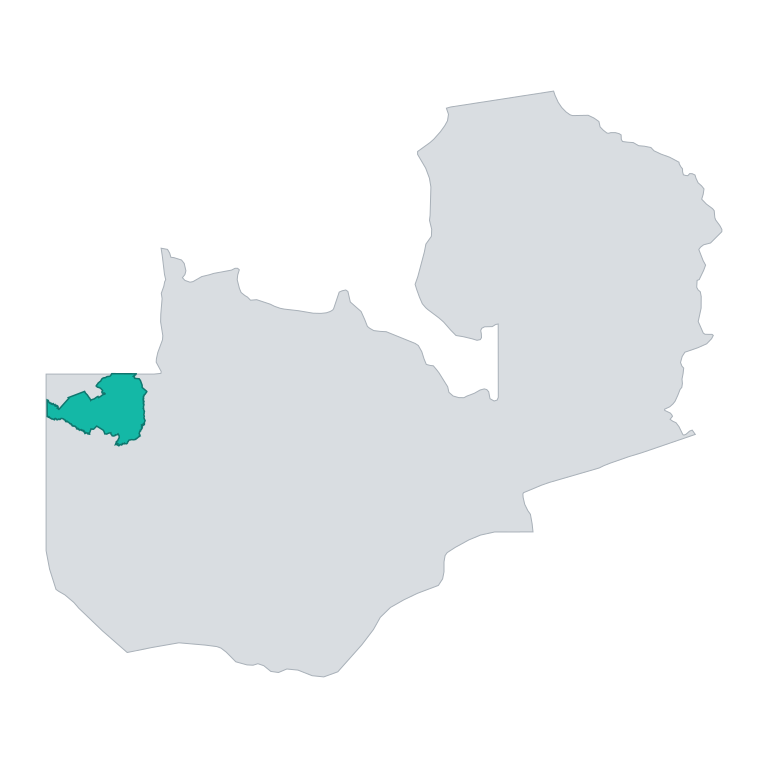 Zambezi, North-Western, Zambia (highlighted)
{"feature_id": "96606910B76619304368438", "entity_name": "Zambezi", "entity_type": "district", "adm_level": 2, "iso_a3": "ZMB", "parent_name": "Zambia", "parent_adm1": "North-Western", "projection": "mercator", "projection_center": [22.726, -13.599], "detail": "fine", "context": "in_parent", "style": "filled", "palette": "teal", "viewbox_px": 768, "rotation_deg": 0, "n_neighbors": 0, "source": "geoboundaries", "source_scale": "gbopen_adm2", "svg_char_len": 9289}
<svg xmlns="http://www.w3.org/2000/svg" viewBox="0 0 768 768"><path d="M533.0,531.9L494.5,532.0L480.4,535.1L468.9,539.9L455.2,547.4L447.2,552.6L445.1,555.5L444.0,561.9L444.0,571.8L442.6,578.9L438.4,585.4L417.5,593.3L403.9,599.8L390.5,607.4L380.3,617.3L373.4,629.6L361.9,644.7L337.8,671.8L323.8,676.9L312.1,675.7L298.0,670.1L286.8,669.0L278.5,672.5L270.8,671.4L263.8,665.7L257.9,663.7L253.1,665.2L247.0,664.9L235.8,661.8L226.2,652.1L221.0,648.1L216.9,646.6L205.4,645.1L178.9,642.8L151.4,647.6L127.2,652.5L102.6,631.0L78.9,608.3L73.9,602.5L64.9,594.9L58.5,591.2L56.0,589.4L49.6,569.2L46.1,550.7L46.1,374.1L153.9,374.1L160.9,373.4L161.2,371.5L156.2,362.2L156.4,358.8L157.8,352.5L162.5,339.8L162.8,335.6L160.6,321.8L160.8,314.1L162.1,298.6L161.3,293.3L163.8,286.3L164.7,281.7L165.7,279.7L164.5,274.4L162.3,256.0L161.1,248.2L167.5,249.4L169.7,253.2L170.9,257.3L173.8,257.6L181.5,260.0L184.2,263.4L185.9,270.8L184.9,274.6L182.4,277.7L184.9,280.4L190.0,282.2L193.0,281.6L201.7,276.6L209.6,274.7L213.7,273.4L231.5,270.1L235.1,268.3L237.6,268.3L239.3,269.8L237.7,275.0L237.2,279.7L239.4,288.4L241.1,292.5L244.8,295.5L247.5,297.1L250.5,300.2L256.7,299.7L270.3,304.2L274.5,306.3L280.2,308.3L284.3,309.1L298.3,310.7L313.2,313.2L320.9,313.4L326.4,312.8L330.2,311.5L332.6,310.1L333.6,308.8L339.2,292.1L342.1,290.8L345.8,290.0L347.9,291.5L350.3,302.0L361.1,311.5L364.7,319.5L367.4,326.4L369.7,328.3L373.8,330.6L380.3,331.4L386.2,331.7L415.1,343.4L418.3,345.5L421.8,351.7L424.0,358.8L426.3,364.4L430.0,365.4L433.3,365.8L436.6,369.7L439.1,373.0L447.7,386.8L448.9,392.3L453.1,396.0L458.7,397.6L463.9,397.7L466.9,396.1L474.3,393.3L480.1,390.0L484.3,388.9L486.8,389.6L488.7,391.8L490.0,398.7L494.1,401.0L497.1,400.1L498.3,397.4L498.3,396.0L498.2,324.0L495.6,324.5L492.3,326.6L484.6,326.8L481.7,328.3L480.7,330.6L481.3,333.6L481.5,337.7L480.3,339.6L477.0,340.3L472.1,338.8L463.3,336.7L456.0,335.5L450.7,330.1L443.6,322.0L438.9,317.9L427.6,309.4L425.7,307.7L422.3,303.7L419.4,297.0L416.6,289.2L415.1,284.3L417.8,276.7L424.4,251.9L425.9,244.1L431.4,236.3L431.7,229.3L429.5,220.3L430.1,215.3L430.9,187.0L429.4,178.1L425.7,168.2L417.6,154.4L417.6,151.5L430.1,142.5L433.8,139.2L440.3,131.9L444.7,125.8L447.5,120.8L448.5,114.3L446.4,108.2L450.6,107.0L553.6,91.1L555.0,95.3L558.2,102.3L561.7,107.5L566.1,112.0L569.9,114.7L572.4,115.6L588.2,115.3L593.9,118.0L598.9,121.5L600.1,126.9L603.4,130.3L606.9,133.0L608.4,133.3L611.0,132.6L615.3,132.6L619.2,133.7L621.1,134.9L621.3,139.4L622.5,141.5L627.8,142.2L633.3,142.6L638.6,145.7L644.3,146.2L650.9,147.5L654.0,150.8L661.0,154.1L669.6,157.2L679.0,162.2L679.2,163.7L680.8,166.7L682.5,168.8L682.6,171.9L683.4,174.8L685.8,175.5L687.8,175.7L689.7,173.6L692.2,173.7L695.0,175.0L696.0,178.3L698.1,182.8L701.6,185.9L704.0,188.9L703.2,194.2L701.7,199.2L706.4,204.1L712.6,208.7L714.2,210.7L714.8,217.6L715.7,220.0L719.9,225.7L721.9,229.5L721.8,231.7L710.5,243.0L703.6,244.8L700.6,247.1L698.8,249.5L703.2,260.8L705.6,265.1L703.6,270.5L699.2,279.6L697.1,280.4L696.7,287.3L698.1,289.9L700.3,291.8L701.2,296.5L701.1,308.2L698.2,321.5L703.3,333.1L705.1,334.3L712.1,334.4L713.3,335.4L711.6,338.7L706.7,343.8L697.7,347.8L684.9,352.2L682.2,356.4L680.5,362.5L681.9,366.1L683.7,368.1L683.1,373.5L682.0,379.1L682.4,383.5L681.8,387.4L680.1,389.4L677.8,395.3L675.1,401.2L672.9,404.0L669.7,406.8L664.6,409.2L664.7,410.4L670.4,413.1L671.9,415.0L672.5,416.3L670.1,419.3L672.7,421.2L676.0,422.7L679.0,426.7L682.6,434.1L683.2,434.9L684.2,435.0L686.1,434.2L689.6,431.1L692.2,430.1L695.3,434.4L641.6,452.8L629.0,456.6L610.1,463.2L604.0,465.6L599.1,468.0L549.1,482.5L541.2,485.3L523.5,492.7L522.9,494.0L523.1,497.3L524.7,504.3L527.8,510.6L530.4,514.3L532.1,523.7L533.0,531.9Z" fill="#d9dde1" stroke="#a8b0b8" stroke-width="1"/><path d="M47.1,399.9L47.2,417.2L47.2,416.7L47.6,416.5L47.8,416.7L48.0,416.6L48.3,417.1L48.6,417.0L48.8,417.2L49.1,417.1L49.1,417.3L49.3,417.3L49.5,417.5L49.6,417.4L50.2,418.1L50.6,418.3L50.9,418.3L51.2,418.6L51.5,418.7L51.5,418.9L51.8,419.0L52.2,418.8L52.8,419.2L53.0,419.2L53.2,419.3L53.5,419.3L53.9,419.4L54.1,419.6L54.4,419.0L54.6,419.2L54.7,418.8L55.1,418.8L55.3,418.5L55.8,418.9L55.9,418.7L56.2,418.8L56.5,419.1L56.5,419.4L56.7,419.7L57.3,419.8L57.8,419.7L58.1,419.3L58.3,419.3L58.6,419.0L59.3,419.2L59.6,419.5L60.2,419.4L60.4,418.8L61.2,418.4L61.5,418.6L61.9,418.6L62.1,418.5L62.8,418.8L63.3,418.8L63.6,419.0L63.9,419.3L63.9,419.5L64.3,419.9L64.6,419.8L64.7,420.0L65.1,420.0L65.6,420.5L65.5,421.3L65.6,421.5L66.2,421.3L66.5,421.7L66.8,421.7L67.2,421.3L67.5,421.6L67.6,421.9L68.7,422.3L69.8,423.6L70.3,423.5L70.7,423.9L71.1,423.9L71.1,424.1L71.3,424.1L71.5,424.4L71.5,424.9L72.1,425.1L72.2,425.7L72.7,425.7L73.0,426.1L73.4,425.9L73.9,426.2L74.0,426.1L74.8,426.0L75.5,426.6L75.3,426.7L75.5,426.9L76.2,427.3L76.3,427.6L76.8,428.0L77.1,428.0L76.8,428.1L76.7,428.4L77.1,428.4L77.1,428.6L77.4,428.4L77.6,428.8L77.8,428.7L77.8,428.9L78.1,428.9L78.0,429.1L78.4,429.3L78.7,429.3L79.0,429.7L79.3,429.7L79.4,430.0L79.8,429.6L80.7,430.0L80.7,429.7L81.0,429.6L81.1,429.9L81.3,429.9L81.2,430.3L81.3,430.4L81.7,430.2L82.0,430.3L82.0,430.1L82.5,430.2L82.5,430.4L82.6,430.6L82.4,430.7L82.7,430.9L82.5,431.0L82.9,431.0L83.4,430.5L83.6,430.5L83.7,431.3L84.2,431.3L84.2,432.1L85.2,432.3L85.3,432.7L84.9,433.2L84.9,433.5L85.0,433.5L85.3,433.4L85.8,432.7L86.0,432.6L86.4,433.0L87.1,433.0L87.8,433.9L88.0,433.9L88.2,433.1L88.4,433.1L88.3,433.7L88.9,433.8L89.2,434.2L89.4,434.2L89.2,433.8L89.5,433.7L89.4,433.4L91.0,429.0L91.4,429.2L92.0,428.9L92.4,429.2L93.6,429.2L96.7,426.1L103.0,430.0L104.0,431.4L104.8,433.9L106.4,433.9L106.8,434.1L107.7,433.5L109.0,433.1L109.7,432.9L110.4,433.0L110.8,432.8L111.0,434.1L111.4,434.7L112.0,435.3L112.2,435.8L113.8,436.0L115.2,435.5L115.4,434.8L116.5,434.9L117.5,434.6L117.7,434.0L118.0,433.8L119.1,435.7L119.2,437.6L118.2,439.4L117.7,440.8L116.6,441.4L116.3,441.7L116.2,442.6L115.4,444.6L116.3,444.3L116.6,444.6L116.8,444.7L116.9,444.4L116.7,444.0L116.9,443.6L117.2,443.3L117.6,443.3L118.1,443.9L117.7,444.4L117.8,444.9L118.1,445.4L118.8,445.8L119.1,445.7L119.6,444.9L120.0,444.5L120.3,444.5L121.2,445.0L121.8,444.9L122.6,444.1L122.5,443.9L122.2,443.8L122.3,443.5L122.8,443.5L123.3,443.8L123.8,443.8L124.3,443.3L124.4,443.6L124.6,443.8L125.2,443.6L126.5,443.8L126.9,443.6L127.5,442.9L127.7,441.8L128.3,441.4L128.8,440.3L129.4,440.0L130.1,440.0L131.3,439.6L133.9,439.8L134.9,439.5L135.8,439.4L136.1,438.6L136.9,438.4L138.7,436.8L139.4,436.5L139.6,436.1L139.5,435.7L140.0,435.7L139.8,435.3L139.9,434.9L139.1,433.6L139.5,432.9L139.4,432.7L139.5,432.4L139.6,431.8L139.7,431.5L140.0,431.4L140.6,430.9L140.3,430.3L140.7,430.2L140.8,430.0L141.4,429.4L141.8,428.7L141.7,428.6L142.0,428.4L141.8,427.8L142.0,427.8L142.1,427.6L142.1,427.4L142.4,427.1L142.4,426.9L142.0,426.6L141.9,426.6L141.8,426.1L141.5,426.0L141.6,425.7L142.1,425.5L142.1,425.2L142.3,425.1L142.1,424.9L142.5,424.9L142.9,425.4L143.1,425.4L143.4,424.9L143.3,424.7L143.6,424.8L143.6,424.6L144.1,424.5L144.0,424.2L144.2,424.3L144.4,424.2L144.5,423.9L144.2,423.0L145.1,420.6L144.9,420.1L144.3,419.0L144.3,418.6L144.0,418.3L143.9,417.7L144.3,416.5L144.3,416.1L143.8,415.0L143.8,414.6L144.1,413.7L144.1,412.7L144.3,411.8L144.2,411.4L144.4,411.2L143.8,410.1L143.7,409.5L143.7,409.1L143.5,408.8L143.3,408.6L143.6,408.4L143.4,406.7L143.7,405.9L143.7,405.3L143.9,405.0L143.6,404.7L143.9,404.3L143.6,403.4L143.4,403.2L143.6,403.1L143.5,402.6L143.8,402.1L143.6,401.9L143.8,401.5L143.6,401.3L143.8,401.2L143.3,400.6L143.6,400.3L143.6,399.9L143.1,399.4L143.4,398.5L143.3,398.3L143.6,398.2L143.4,397.8L143.6,397.0L143.5,396.9L143.6,396.7L143.4,396.6L143.5,396.2L143.8,396.0L144.2,395.2L144.3,395.1L144.2,394.9L145.1,394.2L145.9,392.9L146.1,392.8L146.5,392.3L146.8,391.4L142.2,387.5L142.1,385.1L140.3,380.2L139.6,379.6L139.2,378.8L134.8,378.4L134.6,378.2L134.6,377.6L134.4,377.2L133.3,376.4L133.7,376.2L133.9,375.9L134.1,376.0L134.1,375.8L134.3,375.8L134.6,375.7L134.6,375.2L135.0,375.0L134.9,374.8L135.1,374.8L135.6,374.2L135.7,374.3L135.8,374.0L136.0,374.1L136.1,373.8L111.8,373.7L110.4,375.9L109.6,376.3L107.0,376.6L105.6,377.5L104.9,377.8L104.5,377.7L103.5,377.9L102.8,378.2L101.7,379.1L100.6,381.2L100.0,381.5L98.0,383.2L98.0,383.5L96.8,384.9L96.7,385.4L96.3,385.6L96.2,386.0L96.6,386.2L97.0,386.8L97.4,387.1L99.5,387.7L100.6,388.3L102.3,390.1L102.6,390.4L102.6,390.8L101.9,391.7L101.9,392.2L102.0,392.7L102.3,393.0L102.8,393.3L103.8,392.9L104.4,393.0L105.1,393.7L105.1,393.9L104.6,394.2L102.8,394.7L102.4,395.1L101.8,395.4L101.3,395.9L98.7,397.6L98.0,396.4L96.7,397.1L94.2,398.9L91.4,399.8L90.7,400.4L90.6,399.7L90.1,399.1L89.8,398.3L89.3,397.9L87.3,394.9L85.4,393.0L84.6,391.4L68.3,397.6L68.9,398.2L58.9,409.4L58.5,409.3L58.1,408.5L57.5,408.2L57.9,408.0L58.2,407.8L58.1,407.5L57.7,407.6L57.6,407.3L58.0,407.1L58.0,406.9L57.4,406.9L57.2,406.7L57.3,406.5L57.6,406.6L57.8,406.3L57.7,406.1L57.2,406.2L56.9,406.2L57.2,406.0L57.3,405.8L56.7,405.4L55.8,405.8L55.7,405.3L55.3,404.9L54.9,405.2L54.9,404.7L54.5,404.9L54.2,404.6L53.9,404.6L53.6,404.3L53.1,404.5L53.0,404.3L53.4,403.9L53.3,403.7L52.5,404.2L51.8,403.5L51.6,403.6L51.7,404.0L51.4,404.1L51.4,403.6L50.9,403.4L50.7,403.0L49.9,403.1L49.7,402.6L49.3,402.8L48.8,402.2L48.7,401.7L48.3,401.0L48.0,401.1L47.8,401.4L47.6,401.4L47.4,401.1L47.9,400.9L48.2,400.4L47.9,400.3L47.4,400.6L47.5,400.1L47.1,399.9Z" fill="#14b8a6" stroke="#0f766e" stroke-width="1.5"/></svg>